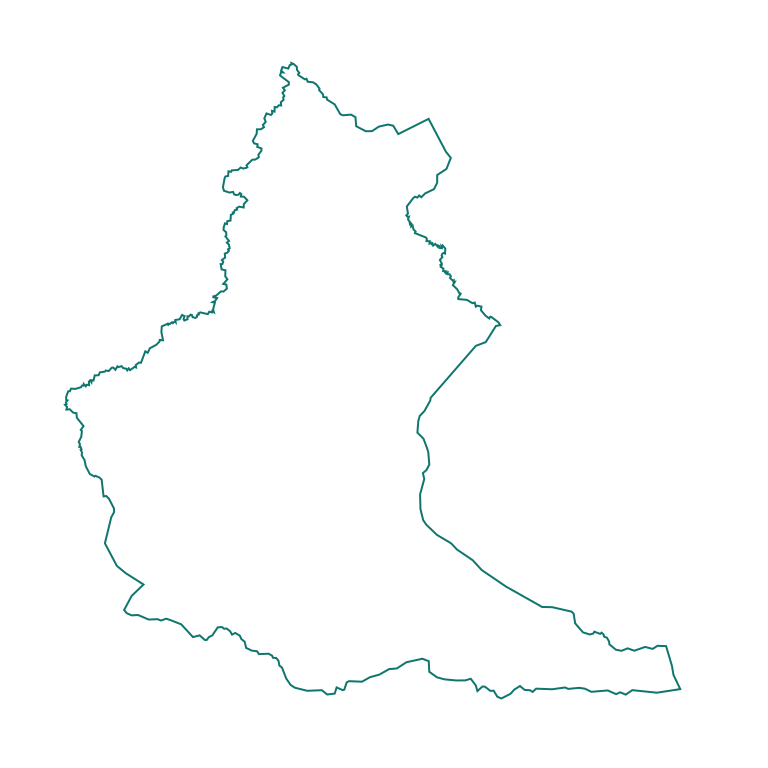 Solwezi, North-Western, Zambia (Albers equal-area conic projection), rotated 184°
{"feature_id": "96606910B85168359517007", "entity_name": "Solwezi", "entity_type": "district", "adm_level": 2, "iso_a3": "ZMB", "parent_name": "Zambia", "parent_adm1": "North-Western", "projection": "albers", "projection_center": [26.494, -12.304], "detail": "fine", "context": "isolated", "style": "outline", "palette": "teal", "viewbox_px": 768, "rotation_deg": 184, "n_neighbors": 0, "source": "geoboundaries", "source_scale": "gbopen_adm2", "svg_char_len": 6110}
<svg xmlns="http://www.w3.org/2000/svg" viewBox="0 0 768 768"><g transform="rotate(184 384 384)"><path d="M358.0,651.6L387.2,634.3L392.8,642.3L398.1,643.1L407.1,640.4L413.6,635.4L419.8,634.9L429.7,639.2L431.1,648.2L435.6,650.4L443.8,649.2L446.4,650.1L452.7,659.5L460.6,663.7L461.2,665.9L464.5,666.0L465.1,668.8L469.3,672.7L468.9,674.1L472.5,678.2L475.8,680.0L481.2,680.2L482.6,683.1L484.2,682.4L490.8,686.0L491.4,687.0L490.2,688.4L492.7,691.3L493.1,694.3L496.6,697.0L498.8,697.7L498.4,696.3L500.2,695.6L501.5,692.0L507.4,693.1L508.5,689.5L506.4,687.8L508.5,687.8L509.2,684.5L500.0,678.5L499.8,676.0L505.5,672.5L503.4,670.0L505.6,667.4L503.5,664.3L504.6,662.9L504.0,660.4L506.6,657.9L506.0,654.7L508.4,654.7L510.2,652.5L512.4,652.7L512.2,648.1L514.8,648.6L514.3,646.1L515.5,644.5L520.1,645.7L521.9,640.7L520.3,637.2L522.9,633.9L521.6,631.8L524.6,629.5L528.5,629.2L528.5,624.6L531.8,617.5L530.4,615.0L526.8,614.3L527.0,611.7L522.6,610.4L522.6,608.1L525.3,604.0L524.7,601.4L527.9,599.0L531.1,598.5L536.4,592.6L535.4,590.8L536.2,590.1L539.6,589.1L542.0,590.0L544.7,587.3L550.8,586.5L551.4,585.0L554.0,585.3L554.0,580.7L556.7,579.9L557.3,578.5L558.4,568.9L557.1,565.6L551.5,564.2L548.0,565.1L546.6,562.6L544.5,562.2L542.3,562.7L541.1,564.5L539.6,563.5L539.9,561.0L536.6,561.0L533.1,557.8L536.4,553.7L536.3,550.3L540.9,550.8L543.3,549.1L542.7,547.7L545.0,547.0L545.7,544.5L546.6,544.5L546.2,543.5L548.6,542.0L548.5,536.3L551.6,535.6L551.8,532.6L553.9,533.1L554.9,528.7L554.8,526.5L552.1,524.4L551.6,521.3L552.5,520.2L548.6,515.9L550.6,514.1L548.4,512.2L547.4,508.5L549.0,507.5L548.0,506.0L549.7,503.9L551.9,503.0L551.3,499.0L554.4,496.3L552.9,494.8L553.6,492.4L555.3,492.2L554.0,487.0L550.1,486.4L549.9,480.4L547.5,477.5L551.3,472.6L548.2,472.1L547.4,468.2L550.6,465.0L553.1,465.0L557.6,460.5L560.3,459.5L560.3,458.6L556.5,458.1L558.4,454.9L560.6,453.7L558.4,453.3L559.7,446.6L558.7,443.7L560.5,444.7L560.7,443.4L563.4,443.9L564.6,441.4L572.3,442.6L574.1,441.5L573.6,440.4L575.4,439.5L575.2,438.0L576.6,436.8L579.6,437.3L580.3,439.3L581.8,439.7L583.1,437.9L584.8,437.9L584.5,434.9L587.6,433.4L588.5,434.8L587.7,437.8L590.3,438.8L592.4,434.3L596.6,433.3L596.2,431.2L597.0,432.0L598.9,430.0L599.8,430.8L601.9,428.9L603.5,429.2L603.6,428.0L604.8,428.6L609.7,426.0L609.7,420.3L607.5,412.2L610.8,412.3L610.9,410.7L614.0,407.1L620.1,403.3L621.9,398.6L624.4,399.9L627.9,388.2L629.9,388.3L632.9,385.6L632.5,383.2L633.9,383.7L638.3,380.1L639.7,381.8L641.1,379.7L642.1,381.3L645.2,381.6L647.0,383.5L650.1,382.3L651.2,383.0L653.0,379.4L655.2,381.5L656.8,381.2L659.5,377.7L662.4,378.1L663.3,376.9L668.2,375.8L669.4,372.8L673.2,372.4L674.0,367.2L675.9,367.4L676.0,365.3L677.4,367.1L678.6,365.7L678.1,362.3L680.6,362.5L681.3,360.9L683.5,363.0L683.5,361.5L685.2,361.4L685.9,359.7L691.5,357.6L696.0,357.5L696.8,354.9L698.5,354.7L700.2,348.9L699.9,345.9L698.6,345.6L700.0,343.5L699.3,341.9L700.8,341.1L698.6,339.1L699.0,336.3L695.8,336.9L692.0,333.7L688.7,333.4L688.1,329.0L680.8,321.0L683.3,317.0L682.1,316.0L682.3,310.3L684.5,304.8L683.2,303.1L683.5,300.0L682.5,300.4L681.2,297.7L682.0,297.2L680.5,294.7L680.6,291.7L677.4,287.2L675.7,281.1L671.2,273.7L666.4,271.5L665.5,272.3L661.5,270.9L659.0,268.9L655.9,252.3L653.3,252.9L650.3,250.3L644.7,241.0L644.3,237.4L646.8,232.0L651.3,205.6L637.8,183.9L628.5,177.3L609.9,167.2L620.9,155.1L627.5,140.4L624.6,137.4L619.6,135.6L613.2,136.4L602.3,132.6L593.6,133.6L589.8,132.5L584.9,134.7L580.0,133.4L569.5,130.1L556.9,118.2L550.4,120.4L544.7,116.1L542.9,116.4L541.1,119.2L537.7,121.3L532.9,129.6L528.8,130.3L526.5,128.7L523.9,129.1L520.2,126.6L518.1,123.4L515.0,125.3L510.3,122.9L508.5,119.6L505.1,117.3L503.1,111.1L497.2,108.8L491.9,108.5L489.9,105.8L480.3,106.9L476.7,105.2L475.6,103.1L472.4,103.2L469.9,100.4L468.7,95.8L466.0,94.0L461.0,83.4L456.1,77.2L451.7,74.8L439.2,72.6L424.6,74.2L419.0,70.3L411.6,71.7L410.1,78.0L403.7,75.7L402.3,76.3L400.4,83.7L398.3,85.1L385.2,85.5L377.4,90.6L368.5,93.7L358.9,100.0L351.4,101.1L342.2,108.0L326.5,112.6L320.0,110.6L318.8,100.1L310.7,95.1L303.1,93.6L291.2,93.3L282.3,94.0L276.9,96.0L271.4,89.7L269.4,84.2L264.7,89.1L262.2,89.1L256.5,85.3L253.2,85.7L249.1,79.9L244.9,78.5L236.2,83.8L232.6,88.3L227.3,92.2L222.3,88.6L217.1,88.7L214.2,87.2L211.0,90.7L195.0,91.2L182.2,93.9L179.0,92.7L168.2,94.5L162.4,94.1L155.7,91.4L139.4,93.9L130.8,90.8L126.9,92.9L121.2,91.0L115.0,95.9L90.2,95.1L67.2,100.3L74.9,113.9L77.1,122.9L84.3,142.2L92.9,141.9L97.5,138.5L105.2,139.9L115.7,135.4L122.6,137.3L128.4,134.4L134.1,135.1L141.0,140.0L141.5,142.9L143.9,146.4L146.9,147.4L147.5,149.5L149.6,151.1L150.9,149.8L156.9,151.6L157.8,149.7L161.2,148.5L168.2,150.1L176.6,158.6L178.8,168.1L180.9,170.0L200.6,173.1L210.7,172.6L248.3,190.5L273.5,205.2L283.1,214.3L299.7,224.0L305.9,229.7L320.7,237.2L331.9,246.5L335.4,250.9L338.9,261.7L340.3,276.5L337.2,292.0L339.0,297.8L335.8,301.0L333.2,306.7L335.1,319.3L337.2,324.4L340.8,332.2L347.3,337.8L347.2,349.5L346.1,354.7L341.8,359.8L336.7,370.7L336.5,373.5L295.0,428.5L285.4,432.9L276.4,449.7L272.2,450.8L274.0,453.4L281.5,458.3L282.7,458.5L283.6,456.7L287.6,459.3L292.4,464.3L292.2,468.0L296.5,468.6L297.8,467.6L299.2,471.6L301.4,470.8L307.2,473.7L315.8,473.9L316.0,475.6L313.4,480.1L314.8,479.2L317.7,483.7L322.2,487.4L320.4,491.0L321.7,490.8L321.7,492.3L322.4,491.8L325.6,494.4L324.8,496.2L326.2,498.0L328.4,498.0L328.3,499.6L329.9,498.6L330.8,499.5L330.0,500.7L332.9,500.8L332.7,503.1L335.7,504.9L334.9,506.1L335.9,506.8L334.6,507.8L336.9,511.7L334.6,514.7L335.5,516.0L334.9,518.0L333.7,518.9L332.2,518.4L332.3,523.3L335.0,526.2L335.5,524.7L336.2,525.4L335.8,523.5L338.2,523.6L338.4,525.4L339.9,526.0L340.2,524.9L342.6,527.4L344.6,525.5L345.5,527.7L346.3,526.9L347.2,528.3L348.4,527.4L348.3,529.6L351.6,529.5L351.4,532.0L352.5,533.1L363.7,536.7L363.1,538.3L365.3,540.1L366.5,544.0L367.8,543.0L367.7,544.9L369.1,544.7L369.6,546.6L368.7,546.6L371.5,549.8L370.8,552.7L372.0,552.3L373.5,553.7L372.0,555.6L373.6,562.7L367.9,571.4L366.2,573.0L363.8,572.3L362.1,574.5L359.9,572.9L356.2,577.0L347.7,581.9L345.0,588.4L345.5,596.2L336.7,602.9L333.1,614.2L338.5,620.1L358.0,651.6Z" fill="none" stroke="#0f766e" stroke-width="2"/></g></svg>